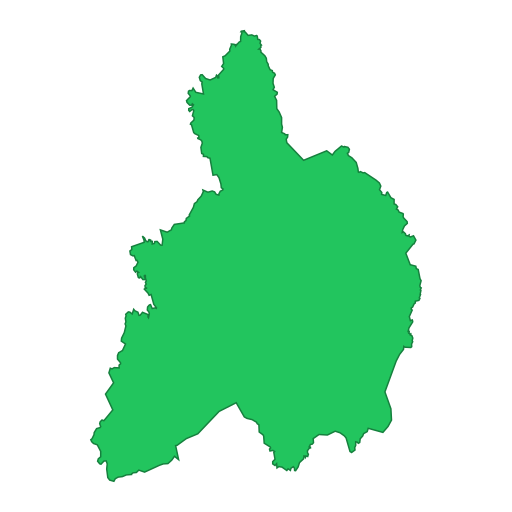 the district of Carácuaro, Michoacán, Mexico
{"feature_id": "50627088B80711859528483", "entity_name": "Carácuaro", "entity_type": "district", "adm_level": 2, "iso_a3": "MEX", "parent_name": "Mexico", "parent_adm1": "Michoacán", "projection": "equal_earth", "projection_center": [-101.063, 19.0], "detail": "fine", "context": "isolated", "style": "filled", "palette": "green", "viewbox_px": 512, "rotation_deg": 0, "n_neighbors": 0, "source": "geoboundaries", "source_scale": "gbopen_adm2", "svg_char_len": 6040}
<svg xmlns="http://www.w3.org/2000/svg" viewBox="0 0 512 512"><path d="M391.5,420.1L390.9,408.8L384.9,391.9L396.2,361.0L399.6,354.4L403.5,349.4L403.8,346.4L405.0,347.2L410.8,347.5L411.7,346.7L411.6,343.9L412.7,341.7L412.2,340.7L412.8,338.1L411.9,335.7L410.9,335.3L410.8,334.0L410.0,334.5L409.6,333.2L408.8,333.2L409.2,331.4L408.1,331.5L409.0,327.8L412.6,322.1L412.7,321.2L412.2,319.9L410.4,320.7L409.3,316.6L412.2,310.1L411.3,309.3L411.3,307.9L412.6,307.1L414.1,303.9L415.3,303.0L415.3,301.2L418.9,300.4L419.9,298.5L419.3,297.8L420.5,294.6L420.1,294.4L420.9,290.5L420.3,290.0L421.2,287.9L420.3,287.4L419.8,285.6L421.1,280.7L420.0,278.7L418.2,269.5L416.3,268.6L415.8,266.2L410.2,264.7L405.8,253.2L413.0,244.2L414.0,243.9L415.9,240.1L413.5,235.8L410.3,237.0L408.9,236.1L409.1,235.0L407.5,235.9L405.8,235.3L405.4,233.7L403.5,231.9L402.2,232.5L402.8,229.4L404.5,225.9L407.3,223.4L407.1,221.6L403.7,218.0L403.1,216.8L403.3,214.0L402.9,213.5L399.1,212.1L398.1,210.0L396.4,209.1L397.7,206.8L395.8,204.5L394.1,203.9L394.1,199.4L390.9,197.7L387.6,192.1L386.7,192.5L385.7,195.5L381.6,194.4L381.8,192.5L379.5,189.7L380.8,186.1L379.4,183.0L376.0,180.1L364.7,172.6L363.1,172.9L360.4,171.6L359.0,172.4L358.3,172.0L357.9,168.4L356.2,162.4L351.9,157.8L348.4,155.6L347.4,153.3L348.7,152.4L349.4,149.3L347.9,147.3L344.4,146.5L343.9,147.1L341.5,146.0L335.1,151.3L332.3,155.0L326.7,150.8L303.6,160.3L286.8,142.7L286.2,139.2L287.6,137.1L287.8,134.7L285.3,134.8L284.7,133.8L281.6,132.5L282.4,127.3L281.6,124.1L281.6,117.6L279.2,112.1L276.8,108.7L276.6,100.4L274.6,96.3L277.1,94.1L277.3,92.3L273.0,89.7L274.3,87.3L273.0,83.3L273.2,78.5L275.3,74.9L274.5,73.2L272.6,72.3L272.3,70.6L270.1,69.7L268.2,65.7L268.2,64.2L266.7,61.7L266.3,58.2L264.8,55.7L260.8,52.1L261.0,51.0L260.1,49.2L258.9,49.1L260.9,47.4L260.8,45.4L261.4,45.1L260.0,43.3L260.6,41.1L259.4,39.6L257.8,39.4L257.2,36.0L256.6,35.5L254.5,36.1L251.8,34.9L248.1,35.4L245.1,31.9L244.1,31.8L244.3,30.7L241.3,31.2L241.0,31.7L241.8,31.7L241.9,33.2L240.7,36.5L240.6,41.4L239.1,42.1L235.8,45.9L235.8,44.6L234.7,45.0L234.2,44.3L231.3,44.0L231.4,45.3L229.7,49.3L229.9,51.0L225.1,55.8L222.8,56.8L223.6,63.6L221.7,66.4L223.7,68.4L223.7,69.3L218.6,75.0L218.8,77.8L217.7,77.9L217.4,75.8L216.5,75.1L215.7,77.4L210.1,80.0L205.6,78.5L202.2,74.7L200.6,74.9L199.3,77.3L200.3,80.6L202.2,82.1L201.8,83.9L203.5,94.0L195.8,92.3L193.1,88.1L191.9,90.6L189.5,90.5L188.5,91.2L188.2,93.3L190.4,96.0L190.3,96.7L186.5,100.6L187.0,102.4L189.7,105.2L191.6,105.2L192.3,103.8L193.5,104.8L191.9,107.3L188.8,108.6L188.7,110.3L189.7,111.5L191.8,109.8L193.1,109.6L193.8,110.6L192.4,115.8L194.2,117.5L193.9,120.1L190.9,122.9L190.4,124.2L191.5,124.8L193.7,132.5L194.7,133.6L198.7,135.5L198.9,137.4L197.7,138.0L197.8,138.5L200.7,139.8L201.9,141.2L202.3,143.2L200.9,147.4L201.7,153.5L203.5,154.3L203.4,156.4L206.9,156.6L207.8,157.7L210.0,158.2L213.0,175.2L216.8,174.6L219.0,177.7L220.9,183.9L221.3,187.7L223.0,189.0L222.7,190.1L220.3,191.2L219.0,193.6L218.8,195.1L216.1,194.3L214.6,191.9L212.2,191.0L207.9,192.2L202.9,190.0L203.3,191.7L201.2,196.2L197.8,199.8L197.0,201.7L194.4,203.6L193.4,207.3L189.2,215.0L189.6,216.0L186.3,218.4L186.0,220.5L184.4,221.8L184.3,222.9L174.3,224.4L171.8,228.1L171.4,229.8L167.2,232.2L160.4,229.9L162.8,239.2L162.1,245.2L160.7,245.2L157.1,241.4L154.8,241.6L154.3,243.5L152.2,244.0L152.3,241.4L150.8,241.5L150.2,240.7L150.7,240.2L149.7,239.6L148.9,239.6L148.1,241.7L147.3,241.8L145.7,240.7L144.6,238.1L142.4,236.1L144.0,240.1L144.2,242.3L131.6,246.7L131.8,249.5L129.9,251.0L130.5,254.6L133.0,255.9L134.2,255.6L136.1,260.5L136.9,260.3L138.0,262.2L136.2,265.9L133.8,267.7L133.7,269.8L135.6,272.2L136.9,271.1L138.6,272.4L137.7,272.7L137.3,273.9L138.3,277.4L139.0,277.9L139.7,277.9L140.6,276.6L142.9,279.6L144.8,279.6L145.2,278.5L144.2,276.0L145.0,275.3L145.4,275.7L145.4,278.0L146.3,281.0L145.4,282.3L146.2,284.1L145.0,285.6L145.2,287.4L147.1,288.3L145.5,288.2L144.3,289.1L148.1,293.2L149.1,295.3L151.1,294.5L153.8,304.3L156.5,307.9L156.3,308.4L155.2,307.9L152.2,308.5L150.5,304.6L149.3,305.0L147.6,307.0L147.3,310.0L148.9,312.0L149.3,313.7L148.5,317.7L148.0,317.0L148.1,314.6L142.5,312.3L140.1,315.3L139.0,315.4L137.9,312.2L134.9,310.8L133.7,309.3L132.2,314.0L129.8,312.1L128.3,311.9L125.7,314.3L126.1,315.9L125.3,318.2L125.9,321.9L125.1,323.9L125.9,325.9L124.3,332.6L121.6,338.1L121.3,341.1L125.5,344.0L122.5,350.5L118.7,352.7L117.5,355.5L117.5,359.1L120.5,362.7L120.6,363.8L119.1,365.1L119.1,367.9L114.3,367.6L112.0,368.9L110.3,368.2L108.9,372.9L113.6,382.8L105.5,394.1L112.8,409.9L103.9,420.7L102.0,420.0L100.2,421.8L99.7,423.6L100.7,426.7L100.0,427.6L96.6,428.6L94.2,432.6L94.0,434.7L92.0,438.8L90.8,439.7L91.7,441.7L93.5,443.5L97.3,444.8L100.7,451.4L100.7,456.8L98.3,458.8L97.6,461.2L99.7,463.8L101.0,464.2L104.0,461.0L106.2,460.9L107.2,463.9L106.7,469.1L107.8,477.6L109.7,480.1L113.9,481.3L115.3,478.7L118.2,477.1L122.4,476.6L126.4,474.9L131.6,474.5L131.7,473.8L133.1,472.8L136.4,472.5L138.8,470.1L144.6,472.1L159.4,465.3L163.3,463.9L167.9,463.6L171.7,460.2L174.5,456.3L178.6,459.6L175.6,445.6L177.1,445.3L186.3,438.6L197.8,433.8L219.1,411.4L236.2,402.7L244.3,416.9L247.0,418.4L252.1,419.6L256.5,422.2L257.2,423.7L258.9,424.8L259.2,432.0L263.0,434.8L263.7,436.2L264.2,443.2L270.3,447.0L270.6,448.0L269.5,449.1L270.0,451.0L272.8,450.4L274.6,451.5L273.8,452.4L275.0,459.3L272.7,461.6L272.7,463.9L275.0,465.5L276.6,463.7L277.0,467.9L278.8,466.6L282.0,467.1L286.8,470.5L288.1,468.8L290.4,470.4L290.9,468.3L293.3,466.7L294.4,468.1L294.6,470.5L295.6,470.7L298.1,467.0L299.5,462.6L303.6,458.8L304.0,455.9L304.9,456.1L305.4,457.4L306.0,456.0L307.7,456.5L308.4,454.2L307.6,453.1L307.4,450.8L309.3,448.2L310.5,447.9L310.4,447.1L309.2,446.8L310.4,444.5L312.3,444.1L313.5,442.7L313.2,438.6L319.0,434.5L327.4,435.0L335.2,431.2L340.1,432.8L344.4,435.9L346.1,438.0L350.0,451.5L351.6,452.5L355.0,450.0L354.7,447.6L355.7,445.5L355.7,441.8L357.3,442.2L358.3,443.3L359.7,442.5L360.2,438.8L362.7,436.0L363.6,433.6L367.2,431.6L368.2,428.3L382.9,432.4L388.0,426.5L391.5,420.1Z" fill="#22c55e" stroke="#15803d" stroke-width="1.5"/></svg>